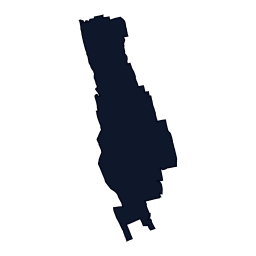 the district of Bogdanesti, Vaslui, Romania
{"feature_id": "2599482B63320103787750", "entity_name": "Bogdanesti", "entity_type": "district", "adm_level": 2, "iso_a3": "ROU", "parent_name": "Romania", "parent_adm1": "Vaslui", "projection": "orthographic", "projection_center": [27.722, 46.427], "detail": "fine", "context": "isolated", "style": "filled", "palette": "ink", "viewbox_px": 256, "rotation_deg": 0, "n_neighbors": 0, "source": "geoboundaries", "source_scale": "gbopen_adm2", "svg_char_len": 5643}
<svg xmlns="http://www.w3.org/2000/svg" viewBox="0 0 256 256"><path d="M127.0,240.6L128.5,240.0L128.7,239.8L129.0,239.6L130.9,239.0L131.9,238.6L128.4,229.8L126.1,224.4L129.3,223.2L133.3,221.5L137.0,219.8L139.4,218.8L140.5,218.3L141.4,220.5L141.8,221.4L142.1,221.9L142.7,223.2L142.8,223.8L143.2,224.4L143.2,224.7L143.5,225.4L145.7,225.4L148.6,225.3L148.7,226.4L148.8,226.8L149.0,227.2L149.5,228.2L150.6,229.7L154.6,228.4L154.1,227.5L153.8,227.0L153.2,226.0L153.0,225.5L152.1,223.8L151.5,222.7L151.4,222.0L151.1,221.3L151.1,220.5L150.9,220.4L150.9,220.1L150.6,220.0L150.4,219.4L150.1,219.1L149.7,219.3L148.4,219.3L148.2,219.3L148.2,219.2L148.4,218.6L148.8,218.4L148.8,218.0L148.9,217.9L149.4,217.4L149.6,217.1L149.3,216.7L149.3,216.3L149.2,216.2L150.0,215.8L149.2,214.3L150.0,214.0L149.9,213.6L149.0,213.7L147.9,210.6L147.5,210.0L146.1,206.1L146.0,205.8L146.1,204.3L146.0,203.7L145.2,202.2L145.0,201.8L144.8,201.0L154.8,198.5L159.2,197.6L159.1,197.1L160.3,196.8L160.2,196.7L160.0,196.1L159.7,194.5L159.8,193.6L160.1,193.4L161.0,193.4L161.8,193.6L161.8,193.2L161.9,190.8L162.0,189.7L162.0,189.0L161.6,186.7L161.4,185.7L161.2,184.7L160.8,183.7L160.4,183.0L159.8,182.6L159.2,182.0L158.1,181.2L157.9,181.1L158.5,181.0L162.4,180.1L161.8,176.6L160.6,170.8L160.3,168.5L160.3,168.0L160.5,168.0L162.7,169.4L163.3,169.4L165.0,168.9L165.8,168.4L166.3,168.3L167.1,167.7L167.8,167.5L168.7,167.5L170.6,167.1L171.5,167.0L172.9,166.6L176.3,166.1L176.2,164.3L176.2,162.3L176.4,159.6L176.3,158.2L175.8,155.9L174.5,150.6L174.4,149.8L173.7,147.8L173.3,145.6L173.1,145.3L172.8,143.7L172.3,142.4L172.1,141.5L172.1,141.3L172.2,140.8L172.1,140.1L171.7,139.0L171.4,137.4L171.0,136.3L170.5,134.5L169.7,132.9L169.5,132.7L168.9,132.3L168.3,131.7L167.7,130.7L166.9,128.0L166.6,126.5L166.1,124.5L165.5,121.3L165.5,120.9L165.2,120.1L163.0,120.4L158.5,121.3L157.1,121.7L157.0,121.1L156.2,118.8L155.3,115.1L155.1,114.1L155.0,112.6L154.2,110.7L154.1,110.1L153.7,108.5L152.8,106.3L152.4,104.9L152.3,104.0L152.0,103.1L151.9,101.7L151.1,98.9L150.9,97.2L150.6,96.2L149.2,96.5L148.5,93.8L148.3,92.4L148.2,91.9L147.1,92.2L147.1,92.4L146.9,92.5L146.8,92.8L146.6,92.9L146.5,92.6L146.2,92.6L145.9,92.7L146.1,92.3L146.1,92.2L144.9,92.4L144.6,92.4L144.6,92.2L144.5,91.3L144.2,89.9L143.5,87.0L143.2,86.0L138.1,87.0L138.0,86.9L137.8,86.0L136.9,83.0L135.9,80.8L135.6,79.8L135.3,79.2L135.1,78.7L135.1,78.2L135.1,77.8L135.1,76.5L135.0,76.0L134.7,75.7L134.6,74.9L134.0,73.3L133.9,73.1L133.3,71.6L132.5,70.1L132.2,69.7L131.5,68.3L131.2,67.4L131.0,66.7L130.4,65.0L129.9,63.5L128.0,64.0L127.3,64.0L126.8,62.5L126.7,61.4L126.6,60.8L126.8,60.0L127.0,59.2L126.7,56.8L126.4,56.2L125.9,55.6L125.5,54.8L125.0,54.6L124.6,54.0L124.5,53.8L124.4,52.7L124.4,51.7L124.2,50.4L124.0,49.9L124.0,49.3L123.5,47.7L123.6,47.3L123.5,46.8L123.8,45.9L123.8,45.7L123.7,45.4L123.3,44.9L123.3,44.5L123.6,43.4L123.6,43.1L124.1,41.3L124.4,40.5L124.5,39.9L124.4,39.6L124.2,39.1L123.1,37.6L123.0,37.1L123.1,36.9L123.3,36.8L127.6,35.9L127.3,35.1L127.0,34.0L126.8,32.7L126.4,31.1L126.1,28.9L125.6,27.5L125.5,27.1L125.4,26.5L125.3,25.4L125.0,23.6L124.7,22.4L124.6,21.9L124.1,21.0L123.6,20.5L122.8,19.5L121.2,18.3L120.4,17.5L114.7,18.8L111.0,20.1L109.7,20.6L109.5,19.4L108.9,17.6L108.9,17.2L105.3,17.8L103.2,17.9L103.0,17.7L102.8,16.8L102.7,16.5L102.6,16.2L102.7,15.4L100.1,16.1L94.6,17.2L94.6,17.9L94.6,18.6L93.2,19.1L90.2,19.5L90.0,20.3L89.8,20.3L89.7,20.8L89.4,21.3L88.6,21.7L87.5,21.1L87.1,21.0L86.2,21.0L85.9,21.1L85.8,21.4L86.0,22.3L85.3,22.4L82.2,22.7L82.1,21.9L82.5,21.9L82.5,21.4L83.0,21.3L82.8,20.9L81.4,21.2L81.2,21.0L80.8,21.1L80.5,20.8L80.4,20.5L80.7,20.4L80.4,20.3L79.6,20.5L79.8,20.9L80.1,21.6L80.5,23.2L80.7,24.8L80.8,25.0L81.0,25.9L81.1,27.4L81.1,28.5L81.2,29.4L81.4,30.0L81.7,30.8L82.0,32.5L82.2,34.8L82.5,35.8L82.8,37.4L83.2,38.9L83.9,42.4L84.4,43.9L85.0,46.4L85.7,48.8L86.0,50.0L86.3,50.8L86.7,51.4L86.8,52.1L87.0,52.7L87.0,53.7L87.1,54.3L87.5,54.9L87.7,55.5L87.9,55.8L88.2,56.6L88.5,58.2L89.3,62.7L90.4,64.7L90.6,65.0L90.9,65.6L91.1,66.6L92.1,68.6L93.9,71.2L94.3,72.7L94.8,74.0L94.7,74.7L94.4,75.9L94.5,76.4L94.4,77.7L94.9,78.9L95.2,79.5L96.2,82.7L96.4,83.8L96.9,84.7L97.5,86.1L97.5,86.4L97.3,87.0L97.2,87.8L97.1,88.0L96.0,88.8L95.8,89.1L97.3,91.2L98.4,92.5L98.8,93.1L98.9,93.7L99.4,94.7L99.9,95.4L100.1,95.9L99.4,96.1L98.2,96.4L97.8,96.6L97.2,95.3L97.1,94.8L96.9,94.6L96.1,94.9L95.1,96.0L95.4,97.4L95.5,97.6L95.9,99.1L96.4,100.3L96.5,101.3L96.9,102.3L97.1,103.7L97.6,105.9L97.7,106.2L97.5,106.6L97.7,108.4L98.3,110.3L98.0,110.8L97.7,110.9L97.6,111.4L96.7,111.4L97.0,112.2L97.0,113.2L97.1,113.7L97.9,117.3L98.6,119.4L98.9,119.9L99.1,121.0L99.5,121.8L100.2,123.8L100.7,124.4L100.9,125.1L101.1,126.4L101.0,126.7L101.1,127.6L101.6,129.3L101.6,129.7L101.5,130.6L100.5,132.0L100.0,133.3L99.5,134.3L98.6,136.7L97.8,138.1L97.3,139.6L97.7,140.3L98.1,141.4L99.1,143.2L99.2,143.4L99.2,144.0L99.2,144.3L99.3,144.6L100.1,146.1L100.6,147.6L100.9,148.0L101.6,150.0L101.8,150.3L101.8,150.9L101.9,151.8L102.1,152.5L101.5,153.9L100.9,155.4L99.5,159.3L99.3,160.0L99.3,161.0L99.0,161.9L98.8,162.8L98.7,163.3L98.8,163.9L98.9,164.4L100.5,167.9L100.8,168.7L101.3,169.9L103.5,175.4L104.0,176.3L104.1,176.8L105.2,179.3L105.3,179.8L105.3,180.2L105.9,181.9L110.9,188.4L112.0,189.1L115.0,191.1L115.4,191.6L115.6,191.7L116.3,192.3L117.2,193.5L117.7,194.0L119.0,197.4L120.4,199.9L122.0,202.9L122.9,206.5L123.0,206.8L121.9,207.0L119.0,207.2L113.8,207.9L114.1,210.3L114.4,211.2L117.0,218.1L117.9,219.5L119.6,222.8L122.5,229.0L122.9,229.7L123.2,230.0L123.6,230.7L123.8,231.7L124.7,234.3L125.1,235.2L125.5,236.8L125.9,237.0L126.2,237.8L126.5,239.2L126.7,239.5L127.0,240.5L127.0,240.6Z" fill="#0f172a" stroke="#020617" stroke-width="1.5"/></svg>